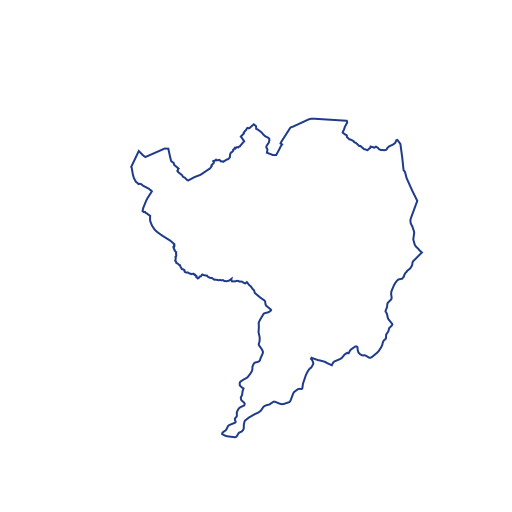 Phra Phutthabat, Saraburi, Thailand (orthographic projection), rotated 120°
{"feature_id": "78962969B27342930325122", "entity_name": "Phra Phutthabat", "entity_type": "district", "adm_level": 2, "iso_a3": "THA", "parent_name": "Thailand", "parent_adm1": "Saraburi", "projection": "orthographic", "projection_center": [100.827, 14.702], "detail": "fine", "context": "isolated", "style": "outline", "palette": "blue", "viewbox_px": 512, "rotation_deg": 120, "n_neighbors": 0, "source": "geoboundaries", "source_scale": "gbopen_adm2", "svg_char_len": 6152}
<svg xmlns="http://www.w3.org/2000/svg" viewBox="0 0 512 512"><g transform="rotate(120 256 256)"><path d="M223.7,410.0L241.3,408.6L241.8,407.7L247.0,403.4L249.5,400.8L251.8,397.1L252.1,394.7L252.5,393.8L251.4,392.4L251.2,391.2L251.6,389.1L251.3,382.3L251.7,380.6L251.7,379.2L252.1,378.5L259.9,378.9L262.7,378.8L270.7,377.7L273.7,376.8L274.1,375.4L273.3,374.2L273.8,373.3L273.7,371.5L274.0,370.2L274.1,367.8L277.9,365.7L279.5,364.1L281.7,361.2L283.6,357.5L284.1,356.0L284.7,353.0L285.2,347.9L285.6,337.7L286.6,332.6L287.4,332.6L288.0,331.6L288.5,331.6L289.1,332.1L289.5,332.1L289.8,331.3L290.4,331.2L290.9,330.6L291.2,329.7L291.7,329.5L292.3,328.3L292.6,327.0L293.7,326.6L293.9,326.3L294.5,326.1L295.3,325.3L296.1,325.1L297.1,325.3L297.7,324.5L298.5,324.3L299.3,324.0L299.6,323.7L300.5,323.6L300.5,323.1L301.2,322.1L301.8,321.6L301.7,321.2L301.8,320.8L301.7,320.3L302.2,317.6L302.0,317.2L302.9,316.3L304.4,313.6L304.4,313.2L303.9,312.1L304.0,311.1L304.2,310.6L305.1,310.2L305.4,309.7L305.2,308.0L304.3,306.8L304.5,304.9L304.0,304.0L304.1,303.0L302.6,301.3L302.8,300.9L302.7,300.3L303.1,299.8L302.7,299.4L303.1,298.8L303.0,297.7L303.3,297.4L304.0,297.3L304.2,297.2L304.3,296.8L304.1,296.0L304.5,295.1L303.6,294.6L301.9,294.4L301.1,293.5L299.1,293.4L298.8,293.2L298.7,291.6L297.5,288.6L297.9,288.2L298.0,286.2L297.9,284.9L297.1,283.1L297.4,280.3L296.6,279.0L295.7,276.4L294.7,275.0L294.3,273.7L293.4,272.6L293.5,270.8L292.4,268.6L290.9,267.1L288.0,265.8L289.1,265.4L289.8,264.6L290.0,264.1L288.3,261.3L287.1,260.1L286.5,259.1L286.3,257.2L285.6,256.2L285.2,255.2L285.4,253.0L285.1,251.6L283.2,250.9L284.5,247.6L285.0,245.1L286.2,242.5L286.8,240.4L288.6,238.6L289.9,231.3L290.3,226.3L291.0,225.2L293.1,223.6L293.9,222.5L295.0,216.2L295.2,215.9L295.9,215.9L297.3,216.4L298.6,217.2L301.0,219.7L301.7,220.3L302.5,220.5L309.2,220.6L312.4,220.3L316.8,217.6L320.6,215.8L324.8,212.0L328.0,210.3L331.1,209.5L331.7,209.0L334.0,204.1L334.9,202.8L335.7,201.9L337.5,201.4L341.8,201.0L344.2,200.5L345.3,200.5L346.2,201.0L347.8,202.4L348.6,203.5L350.1,204.1L353.5,203.8L355.9,202.5L356.9,202.2L358.4,202.0L361.1,202.1L365.4,202.7L370.0,205.4L372.3,206.5L373.3,206.8L374.1,206.6L376.2,205.3L376.9,202.5L376.9,200.6L380.2,199.9L383.2,198.6L386.2,198.4L387.8,197.1L388.3,196.3L388.9,193.1L389.2,192.5L389.7,191.9L390.9,191.5L391.5,191.6L394.7,193.9L396.1,194.5L397.1,194.7L399.3,194.7L401.1,194.4L404.1,192.6L405.1,192.5L406.6,192.9L407.7,192.8L408.3,192.5L409.6,190.8L410.4,190.6L411.0,190.9L415.6,194.5L416.6,195.0L417.7,195.2L420.8,194.9L422.1,195.1L425.6,196.7L426.8,196.5L427.2,196.2L427.0,192.5L426.6,191.0L423.5,183.6L422.8,182.9L421.6,182.5L418.5,182.5L417.4,182.3L415.3,180.7L413.4,180.2L411.7,180.3L407.9,182.3L404.9,183.2L403.9,183.2L399.3,181.3L393.6,178.0L390.7,175.9L388.7,174.9L387.5,174.5L382.8,174.1L381.7,173.6L380.0,172.4L378.0,170.2L373.5,168.0L373.1,167.6L372.7,166.5L372.1,161.9L371.5,159.7L370.4,158.1L365.9,154.1L364.7,153.8L363.1,153.9L359.9,154.5L356.6,155.0L355.1,155.1L353.5,154.5L350.4,153.1L349.5,152.2L348.3,149.9L347.5,149.7L343.0,151.5L334.0,153.3L330.0,153.5L327.4,153.3L326.3,153.1L325.6,152.6L324.7,152.4L321.1,152.4L320.2,152.8L319.3,153.6L317.9,155.6L317.6,156.9L316.4,157.0L315.1,149.9L314.6,148.8L313.0,142.8L313.3,142.1L312.7,135.7L310.6,135.9L309.3,135.8L308.0,135.3L303.0,131.5L301.2,130.7L297.0,130.0L294.3,128.7L294.4,128.3L294.3,127.8L294.2,127.5L293.8,127.1L291.0,127.3L289.5,127.0L284.6,124.7L284.0,123.4L284.2,122.6L286.6,120.9L287.8,119.7L288.4,118.8L289.0,116.9L289.0,114.7L288.4,113.2L287.7,112.4L287.5,111.7L287.4,110.6L287.5,107.6L287.4,106.9L286.8,105.9L285.3,105.0L279.1,102.7L276.9,102.2L272.4,102.0L269.8,102.2L267.7,102.9L265.8,103.1L265.0,103.0L262.9,102.3L262.3,102.3L258.9,104.0L255.0,103.7L252.0,104.6L248.1,103.6L247.3,103.6L246.7,104.1L244.5,109.8L243.7,110.9L240.6,113.7L239.3,116.0L239.0,116.3L234.7,117.0L231.5,118.4L230.4,118.4L226.3,117.3L225.2,117.3L224.4,117.6L221.2,120.1L219.0,121.0L217.2,121.3L212.2,121.9L209.7,121.9L206.7,121.5L205.1,120.9L202.6,118.1L202.0,117.9L201.0,117.9L199.9,117.6L198.5,118.1L195.6,118.1L194.7,117.7L193.1,117.6L189.8,116.3L188.0,116.1L185.9,116.2L183.1,117.3L182.0,117.3L170.0,114.1L169.4,117.0L168.7,118.8L167.9,122.1L167.0,124.0L163.0,128.1L156.8,130.6L155.7,131.5L152.4,135.2L150.4,138.3L148.2,140.0L146.2,140.7L127.6,143.9L121.5,153.1L113.1,164.7L108.7,169.0L107.8,171.2L98.0,178.3L87.9,186.1L86.7,187.1L84.8,191.7L85.5,192.3L88.5,192.0L90.9,193.0L94.5,195.5L96.6,196.2L98.4,196.2L99.1,196.5L100.0,197.4L101.8,201.0L102.0,202.8L101.4,204.5L101.3,206.7L101.5,207.0L102.4,207.3L103.2,207.9L103.2,209.2L103.6,209.9L103.6,210.6L103.9,211.5L105.4,211.1L106.4,211.7L108.6,212.3L109.4,216.2L108.5,220.6L109.1,221.5L108.1,225.9L108.3,227.9L107.7,229.0L107.9,232.5L108.3,233.4L107.5,236.8L106.1,237.7L106.2,239.5L105.8,242.5L105.6,242.8L102.6,243.0L99.8,243.6L94.7,243.8L93.5,245.0L108.2,274.6L109.6,276.9L110.8,278.2L112.2,279.3L125.4,288.6L127.5,290.4L144.7,291.2L146.3,291.0L146.3,289.2L149.5,289.4L151.3,289.2L158.5,289.0L160.1,291.8L161.1,298.2L158.3,299.2L157.6,299.9L156.9,301.3L156.5,301.6L154.5,301.9L151.6,301.6L149.0,302.3L147.7,303.3L147.5,304.6L147.7,308.1L147.0,310.8L146.2,312.9L145.6,317.4L145.8,319.4L143.8,320.7L143.5,321.0L143.1,323.8L148.5,325.6L149.1,326.1L149.1,327.1L149.4,327.5L150.2,327.6L152.5,327.7L153.1,328.0L155.3,328.3L155.8,327.8L156.2,327.8L160.1,328.9L162.5,323.6L168.0,324.7L169.1,324.7L169.9,325.5L170.9,325.7L171.1,326.6L171.7,327.4L173.1,327.5L173.0,328.4L174.0,328.4L175.4,328.9L176.0,328.4L176.8,328.5L178.0,328.8L178.6,329.3L179.8,329.4L180.9,329.2L183.6,328.0L185.4,328.3L186.3,328.7L187.1,329.6L189.9,331.0L190.2,331.4L190.7,331.4L191.1,333.0L191.6,333.5L191.3,335.2L191.0,335.6L192.9,338.0L192.6,338.8L194.3,339.4L194.8,340.3L195.2,340.5L195.6,339.6L196.5,339.1L199.6,339.9L200.1,339.8L200.3,339.3L203.1,339.6L213.5,344.7L218.4,348.7L224.5,352.5L224.6,353.9L223.8,356.6L223.9,358.8L222.9,360.7L222.3,365.1L221.6,366.7L220.3,366.6L219.7,367.0L219.0,366.8L218.0,372.4L216.6,373.8L216.5,374.2L216.3,376.8L213.4,379.7L206.9,385.6L208.6,388.8L225.6,401.3L225.3,404.2L223.7,410.0Z" fill="none" stroke="#1e3a8a" stroke-width="2"/></g></svg>